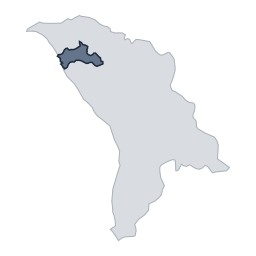 Rîşcani highlighted on a map of Moldova
{"feature_id": "MDA-1617", "entity_name": "Rîşcani", "entity_type": "District", "adm_level": 1, "iso_a3": "MDA", "parent_name": "Moldova", "parent_adm1": "", "projection": "equal_earth", "projection_center": [27.482, 47.936], "detail": "fine", "context": "in_parent", "style": "filled", "palette": "slate", "viewbox_px": 256, "rotation_deg": 0, "n_neighbors": 0, "source": "natural_earth", "source_scale": "10m", "svg_char_len": 2699}
<svg xmlns="http://www.w3.org/2000/svg" viewBox="0 0 256 256"><path d="M26.5,31.3L27.7,28.8L39.6,22.0L42.6,23.1L48.8,23.4L61.4,23.1L67.6,18.7L71.4,19.9L74.5,17.9L79.7,15.4L80.4,15.9L81.1,16.3L89.1,17.4L95.2,19.9L99.2,23.6L103.4,25.9L107.7,26.8L110.1,28.7L110.5,31.5L114.6,32.9L122.1,32.9L125.4,34.8L124.2,38.5L125.0,39.8L127.7,38.5L129.7,39.6L130.8,42.4L132.0,43.7L135.9,39.4L140.0,39.8L149.8,41.6L155.2,50.7L158.5,54.0L161.4,55.3L165.0,53.9L168.2,52.2L170.1,53.0L174.1,59.1L175.1,67.0L175.1,70.2L173.8,75.6L171.8,81.3L170.2,85.0L171.0,88.0L172.4,90.6L174.8,91.4L182.5,96.5L185.4,100.0L189.6,102.6L192.8,102.8L194.4,104.2L195.0,106.0L194.6,110.6L192.9,114.9L193.2,117.6L196.0,120.8L196.4,124.6L196.6,127.1L198.1,128.9L205.2,133.1L214.4,137.1L216.8,140.6L218.2,145.0L217.9,152.3L217.4,158.8L229.5,167.4L228.2,169.0L226.3,170.8L214.9,172.1L212.6,172.9L207.5,166.3L204.9,165.5L202.5,167.9L199.6,169.3L196.1,168.6L192.4,166.6L190.5,165.1L189.0,165.0L186.7,166.4L183.6,165.8L181.5,164.2L178.7,169.7L176.9,170.9L175.8,170.7L175.5,161.3L174.6,159.9L172.3,159.7L166.7,161.9L161.5,164.8L159.7,167.4L159.9,172.0L160.7,177.5L164.4,185.9L162.5,189.6L161.1,195.4L155.4,200.8L149.0,203.9L148.5,210.3L144.9,214.7L138.8,219.1L134.7,224.4L135.8,228.0L136.1,231.4L135.4,233.8L135.2,235.6L133.6,236.3L124.2,237.0L121.6,238.1L118.5,240.6L115.6,235.9L112.6,231.7L110.4,229.4L111.4,228.4L113.7,227.2L115.4,225.8L115.2,220.8L113.9,215.1L112.8,212.3L112.6,208.0L111.8,201.2L112.9,188.8L117.5,173.1L120.1,165.3L118.8,161.1L119.7,151.2L117.7,146.3L114.5,139.9L109.9,126.0L104.3,121.2L97.3,115.9L94.3,111.9L92.3,107.5L88.2,103.1L83.5,99.1L77.8,89.1L74.9,84.6L74.0,83.4L67.5,77.0L64.1,71.2L62.4,66.4L61.4,62.1L56.9,53.4L52.9,46.9L49.0,42.3L47.2,39.0L42.6,34.9L36.1,31.6L31.9,31.1L26.5,31.3Z" fill="#d9dde1" stroke="#a8b0b8" stroke-width="1"/><path d="M64.7,68.8L64.7,68.6L64.4,68.4L63.4,67.7L63.2,67.4L62.9,66.8L62.2,65.7L61.5,64.6L60.8,64.1L62.7,63.1L62.3,62.4L61.7,62.2L61.0,62.0L60.4,61.6L60.4,61.1L60.3,58.9L60.4,58.5L59.4,57.5L58.1,56.8L57.4,56.2L58.4,55.0L58.4,54.7L58.9,54.6L60.5,54.5L62.1,53.9L63.3,52.3L64.2,50.2L65.7,48.6L67.4,48.2L68.4,49.5L69.9,50.1L70.9,49.5L72.1,49.6L73.3,49.6L75.6,48.9L80.2,45.9L80.1,45.2L79.6,43.3L79.5,41.5L81.4,42.6L82.9,44.6L85.3,45.1L87.7,46.4L87.4,48.9L86.9,49.4L86.8,50.0L87.1,50.7L87.2,51.5L86.9,52.0L86.8,52.7L87.5,53.9L88.5,54.6L90.6,55.6L92.5,54.7L93.8,53.2L95.5,53.1L99.2,57.0L100.4,57.8L100.6,59.2L101.1,61.2L102.8,61.6L102.9,63.9L99.9,65.2L96.9,66.3L95.0,65.5L92.0,62.4L90.0,62.3L88.3,63.2L86.3,63.4L81.1,60.7L78.5,60.2L75.9,60.4L74.3,62.0L72.4,61.8L70.1,62.3L68.2,64.4L67.8,65.8L67.3,67.1L66.4,67.9L65.4,68.5L64.7,68.8Z" fill="#64748b" stroke="#1e293b" stroke-width="1.5"/></svg>